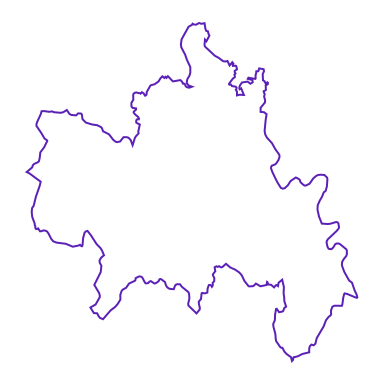 the district of Thai Nguyen, Thái Nguyên, Vietnam
{"feature_id": "81297802B43105107768719", "entity_name": "Thai Nguyen", "entity_type": "district", "adm_level": 2, "iso_a3": "VNM", "parent_name": "Vietnam", "parent_adm1": "Thái Nguyên", "projection": "equal_earth", "projection_center": [105.819, 21.567], "detail": "fine", "context": "isolated", "style": "outline", "palette": "violet", "viewbox_px": 384, "rotation_deg": 0, "n_neighbors": 0, "source": "geoboundaries", "source_scale": "gbopen_adm2", "svg_char_len": 5905}
<svg xmlns="http://www.w3.org/2000/svg" viewBox="0 0 384 384"><path d="M26.7,172.0L29.3,173.3L40.7,181.7L39.7,185.8L35.9,196.7L33.7,205.7L32.2,207.9L32.0,208.7L31.7,212.3L32.3,217.2L34.6,223.3L34.8,225.2L35.4,226.3L35.3,227.9L35.9,228.9L37.1,229.1L38.1,228.4L40.0,231.3L41.5,231.2L43.3,230.4L45.5,230.7L47.1,231.5L48.6,233.7L51.1,238.7L53.1,241.2L54.4,241.8L56.6,242.6L65.8,243.8L72.8,246.7L78.7,245.5L80.0,244.8L81.5,246.2L82.1,246.2L82.5,245.3L83.1,238.2L84.5,232.9L85.6,231.5L87.5,230.9L91.0,235.4L96.6,244.1L100.6,248.2L102.0,250.5L104.0,255.3L101.2,257.6L99.5,260.5L99.8,262.9L101.4,265.7L100.7,272.1L94.3,284.9L99.2,293.2L99.8,295.8L99.8,297.1L95.6,304.5L90.4,307.5L93.9,313.1L97.2,313.3L98.5,316.0L100.0,317.9L103.0,319.2L110.6,310.4L115.2,306.9L117.5,304.2L120.1,300.1L120.4,299.1L120.3,294.8L121.7,290.8L122.6,289.7L126.1,287.8L129.1,283.5L134.9,280.8L135.4,280.1L135.7,278.1L139.1,276.4L140.9,276.6L142.2,277.4L145.0,282.7L145.8,283.4L148.1,283.1L149.4,281.7L150.8,281.1L154.4,283.5L155.8,283.2L158.5,281.3L159.6,279.2L160.2,279.0L161.5,279.4L165.0,282.1L166.0,285.4L167.0,287.0L168.5,288.3L170.0,288.9L173.8,289.2L175.0,285.7L176.1,284.6L177.1,284.2L180.0,284.3L181.9,286.8L188.4,292.1L189.1,293.9L189.4,298.4L188.2,303.7L188.4,305.5L196.5,313.4L199.7,309.5L199.8,307.8L198.9,303.8L198.8,301.6L201.0,299.0L201.6,293.4L202.2,292.9L204.8,293.4L207.3,292.6L207.6,288.6L208.8,285.1L210.3,285.0L211.3,285.6L211.9,286.8L212.6,285.8L212.8,284.9L212.7,282.8L214.2,281.2L214.3,277.9L212.9,275.4L212.9,274.7L213.3,273.8L215.3,271.2L214.6,267.3L216.4,266.3L217.7,266.9L219.1,266.2L220.6,267.2L221.5,267.3L222.3,267.1L226.0,263.8L230.2,267.4L235.3,269.7L239.3,272.5L241.8,275.4L244.4,280.9L248.4,286.0L249.1,286.4L252.7,286.2L253.7,285.8L255.9,283.6L260.5,286.3L266.5,285.0L267.1,281.9L267.5,282.2L268.2,284.5L271.1,284.8L274.1,287.4L275.8,285.3L276.5,285.0L278.0,286.1L278.6,282.7L282.2,279.7L283.9,287.1L283.6,293.5L284.2,297.3L284.3,301.0L286.1,306.6L284.3,308.0L283.2,311.0L282.2,311.6L279.1,312.2L276.7,308.8L276.1,308.9L275.1,314.4L274.9,320.0L273.2,324.0L273.4,326.5L275.4,334.1L275.7,338.9L276.2,341.2L280.1,346.9L280.8,347.6L282.4,347.8L284.4,351.6L286.6,354.0L291.0,357.2L292.0,361.0L293.0,359.9L293.5,357.3L297.6,356.4L302.3,354.0L309.2,352.3L309.2,348.7L309.9,346.1L311.5,344.6L313.7,345.3L315.4,343.7L316.7,338.2L323.7,326.3L326.0,320.2L328.6,316.9L330.5,315.4L331.1,314.5L331.0,310.5L332.4,306.7L334.5,305.7L341.9,305.8L342.4,304.2L343.2,297.9L344.2,293.9L344.8,293.4L347.3,294.0L355.9,297.6L356.9,297.8L357.3,297.4L356.7,294.8L354.7,290.6L352.0,282.7L349.1,280.5L344.3,271.9L342.2,266.3L341.9,264.6L342.2,261.8L343.7,259.2L346.4,255.8L346.9,253.8L346.8,250.3L346.3,249.3L340.0,244.1L338.7,243.5L336.6,243.5L335.2,244.2L333.4,247.3L331.6,249.1L329.3,249.0L328.5,248.6L327.4,246.5L326.6,242.7L326.8,240.9L328.1,239.0L336.7,230.9L338.7,228.4L339.0,227.2L338.4,223.4L337.6,222.4L336.2,222.0L330.1,223.8L327.5,224.0L321.8,223.6L319.0,216.5L317.5,209.7L317.7,205.3L319.8,200.5L322.0,196.8L323.4,193.1L324.2,191.9L325.6,191.0L326.9,186.4L327.4,179.3L327.1,177.6L324.4,175.0L320.5,174.7L318.2,175.0L316.3,175.8L313.2,178.5L309.6,183.7L305.7,185.6L304.4,185.5L303.0,184.5L300.6,182.3L299.7,179.8L298.8,179.0L295.8,177.5L290.6,181.0L287.8,185.4L284.8,188.1L282.8,188.7L280.9,187.9L277.6,182.7L275.6,178.8L272.3,171.9L271.1,168.6L271.1,167.0L271.8,165.7L274.7,164.6L276.1,163.6L278.4,160.1L279.5,157.1L279.4,155.1L278.9,154.1L275.5,149.5L272.0,143.2L266.9,137.6L265.2,134.3L264.6,130.9L265.7,119.6L266.6,114.2L264.0,112.2L260.6,111.9L260.6,107.8L265.0,102.4L265.1,100.2L264.1,96.5L264.7,94.2L263.6,91.5L263.8,91.1L265.6,90.3L265.9,89.7L265.7,85.5L267.8,84.2L267.9,83.5L267.9,82.8L267.4,82.3L265.5,83.3L264.6,81.3L263.0,80.3L262.7,74.1L264.0,71.3L263.6,69.2L259.2,68.4L258.3,71.2L256.3,71.3L256.1,73.4L255.6,74.9L255.6,78.5L255.3,78.9L248.4,77.7L247.8,78.9L252.4,80.0L252.7,82.2L251.1,83.4L250.4,83.7L247.6,81.6L242.0,82.5L240.4,84.7L239.5,86.6L239.4,88.7L239.6,89.3L241.2,88.4L243.9,95.0L239.7,94.7L237.0,95.4L237.0,91.7L235.8,89.8L236.4,89.0L236.6,87.6L235.8,86.7L232.0,86.1L231.0,84.6L229.4,84.7L229.0,84.2L229.2,83.5L232.4,79.2L233.4,78.1L234.7,77.4L234.9,76.3L234.4,74.5L235.5,73.5L234.7,72.0L234.7,70.9L237.0,69.3L236.2,66.0L235.6,65.7L232.9,65.9L232.7,64.7L233.4,63.7L232.3,62.2L229.6,65.5L227.5,61.0L225.8,61.5L223.1,61.2L218.6,57.8L214.9,55.8L205.4,47.0L204.8,46.2L204.5,44.7L205.0,39.6L206.4,41.3L209.4,35.6L208.6,34.1L207.9,31.3L206.4,31.0L205.5,29.2L204.5,23.2L201.3,23.8L199.1,23.0L196.1,24.7L193.9,24.5L192.6,23.7L191.9,24.9L188.6,26.7L181.6,39.3L180.9,44.4L181.3,47.3L185.2,54.8L186.7,59.3L190.3,67.1L190.3,72.8L189.4,75.8L187.5,78.8L186.9,81.0L186.8,82.5L187.0,83.4L188.6,85.5L192.0,86.7L189.3,87.7L187.2,87.3L185.7,86.3L185.0,84.2L183.6,83.4L183.1,83.7L181.6,81.2L180.4,80.1L172.9,81.4L167.9,76.2L166.5,77.9L165.5,76.8L164.4,78.0L162.4,76.3L160.3,78.5L158.6,81.4L154.5,84.3L150.9,85.2L150.1,86.1L146.7,92.1L146.5,94.7L145.9,95.3L145.1,95.7L143.6,93.4L141.9,92.2L140.6,93.6L140.1,93.1L138.5,93.1L136.2,92.4L134.6,92.9L133.6,93.7L133.2,94.9L133.3,99.8L131.4,102.9L131.5,106.5L132.6,107.9L136.1,108.4L136.1,109.5L133.7,111.7L133.7,112.7L135.3,114.6L137.9,116.7L139.0,118.5L138.8,119.3L137.1,119.3L136.5,119.9L136.1,121.5L136.4,122.8L139.8,124.5L138.3,131.5L138.6,133.4L135.9,136.3L134.9,137.9L132.6,145.2L130.7,140.1L128.6,137.8L126.9,137.2L123.5,137.2L120.1,141.5L117.1,142.1L115.6,141.7L113.3,139.9L109.0,134.3L103.1,131.3L101.9,128.1L101.0,127.1L97.2,125.2L92.2,124.5L85.9,122.6L82.5,119.2L81.9,114.5L80.9,113.5L78.1,113.4L76.1,115.4L71.2,114.9L69.4,113.9L66.8,110.0L63.3,112.2L60.7,112.8L53.9,112.2L52.1,111.4L49.1,111.8L44.3,111.1L41.6,111.2L40.7,114.3L37.1,122.1L36.4,124.5L36.5,126.0L41.3,133.0L44.5,138.5L47.0,140.3L47.3,140.9L44.2,147.2L40.3,152.4L39.7,158.0L38.9,161.3L37.8,162.3L34.2,163.9L32.8,165.3L32.2,167.4L26.7,172.0Z" fill="none" stroke="#5b21b6" stroke-width="2"/></svg>